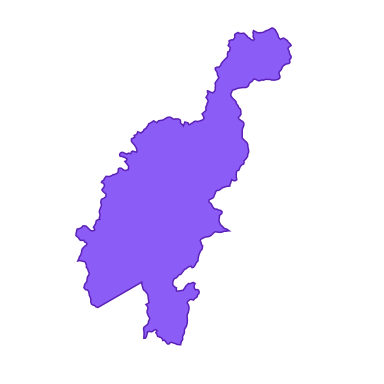 Conselheiro Pena, Minas Gerais, Brazil, rotated 349°
{"feature_id": "56859067B85067754069179", "entity_name": "Conselheiro Pena", "entity_type": "district", "adm_level": 2, "iso_a3": "BRA", "parent_name": "Brazil", "parent_adm1": "Minas Gerais", "projection": "orthographic", "projection_center": [-41.435, -19.174], "detail": "fine", "context": "isolated", "style": "filled", "palette": "violet", "viewbox_px": 384, "rotation_deg": 349, "n_neighbors": 0, "source": "geoboundaries", "source_scale": "gbopen_adm2", "svg_char_len": 5996}
<svg xmlns="http://www.w3.org/2000/svg" viewBox="0 0 384 384"><g transform="rotate(349 192 192)"><path d="M119.0,315.6L118.2,317.3L118.3,319.0L117.9,322.0L116.8,326.4L118.4,326.6L119.7,325.1L121.7,320.9L123.6,320.7L125.4,321.5L126.9,321.3L128.2,320.5L129.9,320.1L131.2,321.2L129.6,323.4L130.4,324.7L130.7,327.1L133.9,329.1L134.9,330.6L134.9,332.2L136.5,332.2L137.4,333.4L138.1,335.1L139.2,336.6L140.5,336.8L141.5,335.8L143.1,335.6L147.3,338.0L148.2,338.8L151.7,339.8L153.1,336.5L154.1,335.8L154.9,334.5L154.9,332.9L155.6,331.4L156.7,330.2L157.6,328.8L158.4,325.4L160.9,322.7L162.2,319.9L163.0,317.1L163.5,313.1L163.9,311.4L165.1,310.0L166.7,306.4L167.1,304.6L167.0,302.2L166.1,300.0L166.8,298.7L169.7,297.1L171.3,297.5L172.9,298.4L174.2,297.1L175.7,296.6L177.1,295.8L177.9,293.9L179.4,293.0L180.0,291.5L179.6,289.5L178.3,288.7L176.8,288.7L175.9,286.8L176.2,284.3L177.6,282.4L176.0,281.0L172.7,281.6L171.0,281.2L168.1,283.1L164.7,286.7L161.0,286.7L158.1,286.4L157.9,284.6L158.5,283.2L157.2,282.1L155.9,280.5L155.4,279.0L156.3,276.0L157.4,274.3L158.9,273.5L160.5,273.2L163.4,270.8L165.3,270.7L169.1,267.3L170.3,266.4L171.6,266.2L172.9,265.4L174.9,264.7L176.8,264.7L177.6,266.3L179.1,266.2L180.7,264.8L182.9,262.0L184.6,261.0L185.4,258.2L186.8,255.0L189.1,251.5L190.8,250.3L191.6,248.6L192.2,246.8L191.2,245.3L191.3,243.3L190.7,241.5L191.8,240.0L196.4,238.7L199.6,239.0L201.1,238.7L202.6,238.2L206.1,235.8L207.3,235.5L211.4,236.9L213.7,237.1L216.2,236.6L218.0,237.1L219.5,236.9L221.1,237.2L219.2,235.2L217.6,234.4L216.3,233.4L215.4,231.6L213.8,229.6L213.2,227.3L213.0,225.9L213.3,224.2L214.1,222.1L214.5,220.3L217.1,218.8L217.8,217.3L216.7,215.6L214.5,214.7L213.1,213.5L211.5,213.2L210.4,212.3L209.6,210.7L208.6,207.3L206.7,204.9L207.2,203.1L208.7,202.5L210.2,202.3L212.0,201.5L215.6,196.0L216.9,195.2L218.2,195.5L219.8,195.1L221.4,194.2L223.1,193.6L226.5,193.1L230.3,193.4L230.8,191.6L231.8,190.4L233.2,187.4L234.9,188.8L236.6,189.2L238.3,188.5L238.4,184.9L239.5,180.5L240.7,179.7L242.2,179.5L243.9,176.7L245.0,175.6L246.4,174.7L248.0,174.4L248.7,173.3L248.8,171.4L251.1,169.9L252.5,168.6L253.6,167.2L253.9,165.5L255.0,164.2L255.5,162.4L255.5,158.0L255.8,156.0L255.3,154.0L252.5,150.1L251.6,148.4L253.3,140.1L255.8,136.1L256.0,134.2L255.2,132.4L253.8,131.3L251.9,129.0L251.7,127.7L253.3,126.7L254.9,125.1L255.4,121.3L255.3,119.8L254.1,118.3L253.8,116.4L252.4,113.6L252.4,111.7L251.6,110.2L249.7,107.7L249.1,106.3L248.6,104.9L248.6,103.6L250.6,100.5L251.7,99.6L253.5,99.6L256.7,98.9L261.2,99.1L264.9,99.7L266.4,99.4L267.7,98.5L268.7,96.6L270.1,95.5L271.8,95.0L274.3,92.9L276.0,93.6L277.6,94.9L278.8,95.6L280.3,95.7L281.7,95.3L283.7,95.9L285.5,95.4L290.0,96.4L291.6,97.3L294.7,98.0L297.9,97.8L299.6,97.2L300.4,95.7L300.0,91.8L300.8,90.6L303.1,88.8L304.4,86.8L305.7,85.5L308.6,84.4L311.5,84.3L312.8,83.7L313.0,80.6L314.7,79.5L315.2,77.7L314.3,75.6L314.1,71.5L313.5,70.1L314.1,68.6L317.3,67.1L316.7,65.4L315.0,63.1L314.6,61.6L311.4,58.4L310.0,58.4L308.0,59.2L306.4,56.6L306.4,54.2L304.7,48.8L303.0,46.8L301.8,46.2L297.3,47.7L295.7,47.7L292.3,48.9L287.1,48.4L283.2,45.3L282.2,47.2L282.4,48.9L281.6,51.1L282.4,54.0L281.0,54.9L278.6,53.2L278.0,52.0L276.5,51.0L275.8,49.4L273.3,46.0L270.6,45.8L268.8,45.3L267.8,44.2L265.0,44.9L263.9,45.7L263.5,48.5L262.3,49.7L261.0,50.5L259.2,50.1L257.2,50.7L257.1,52.8L256.4,53.9L255.4,54.9L256.0,56.1L257.1,57.3L256.7,58.6L255.6,61.0L254.1,61.2L253.2,62.8L253.0,64.7L252.3,66.4L249.7,68.0L246.6,70.3L245.1,71.7L244.3,73.3L242.0,74.6L240.2,74.2L238.5,74.7L238.2,76.1L239.6,79.7L239.3,81.5L240.1,85.0L235.5,89.4L235.3,92.3L234.6,94.3L234.5,95.8L233.3,97.5L231.5,98.6L229.0,97.4L228.0,96.4L226.5,95.6L226.2,97.0L226.7,98.2L225.6,99.9L223.8,101.8L224.6,103.4L225.1,105.0L225.0,106.6L223.8,107.7L223.1,109.6L221.8,111.1L221.3,114.6L216.8,117.2L217.8,120.3L217.9,122.1L216.3,123.2L213.1,123.8L211.0,123.9L208.8,123.1L207.1,123.4L205.9,124.3L204.5,124.5L203.2,125.2L201.8,125.4L201.4,123.6L198.4,121.9L196.0,125.5L195.6,124.3L194.7,123.3L193.8,121.9L194.3,120.6L194.1,118.9L192.5,117.7L189.4,117.0L187.9,117.2L186.6,115.8L185.3,114.7L183.9,114.1L181.9,114.1L177.3,115.8L172.7,115.7L170.9,117.2L169.2,116.0L168.0,114.8L164.1,116.4L162.4,116.8L161.5,118.4L160.1,119.5L158.8,120.9L156.9,121.4L155.9,122.9L153.1,124.3L150.1,122.5L149.3,124.3L147.8,125.2L146.0,125.4L146.2,127.4L142.7,128.2L142.2,130.3L142.7,131.9L144.7,135.3L145.5,137.3L145.8,139.2L145.9,141.0L145.2,142.4L141.5,140.5L140.2,141.0L139.2,142.7L137.1,141.7L135.5,142.3L134.0,141.6L131.5,139.8L130.1,139.7L128.9,140.3L128.1,141.3L128.2,143.1L129.8,143.7L132.9,145.5L134.6,147.2L133.4,148.9L131.9,149.1L134.7,154.5L133.7,157.9L131.0,158.2L129.4,157.7L127.2,155.2L125.6,154.7L124.2,155.2L123.1,158.6L121.7,159.5L119.6,160.0L117.7,159.9L116.3,160.6L114.7,160.9L113.4,161.0L110.7,160.2L108.3,162.3L107.7,163.6L105.8,164.1L104.9,165.4L106.7,166.5L107.4,168.2L106.9,169.9L104.0,172.6L104.7,174.5L107.2,177.7L106.6,180.1L104.6,181.2L101.6,182.0L100.4,184.8L100.7,187.6L97.3,193.2L97.2,194.9L97.5,196.7L96.1,199.7L96.3,201.3L94.7,201.1L92.6,201.9L91.1,205.1L88.5,207.8L89.1,209.1L89.3,210.8L87.3,211.3L85.4,210.6L84.4,209.5L81.8,205.6L80.5,204.8L78.3,204.5L77.3,205.5L76.1,206.1L74.7,206.4L72.1,206.5L70.4,210.3L69.8,212.7L72.1,215.7L72.5,217.3L73.6,218.3L76.6,218.7L77.0,220.5L78.5,221.5L78.9,222.7L78.3,224.0L76.6,224.6L73.7,226.6L72.5,228.3L72.2,229.9L70.6,232.8L69.2,234.0L68.3,235.8L66.7,237.9L68.7,237.9L73.6,240.0L74.1,241.8L74.4,243.8L73.9,245.8L74.8,247.2L75.2,250.2L75.7,252.3L74.7,253.9L73.4,255.2L72.7,256.5L71.7,259.8L69.3,261.9L67.6,265.3L68.9,267.6L70.6,268.2L71.6,270.0L71.5,273.9L72.1,276.1L72.1,278.5L71.7,280.4L71.9,282.8L73.2,284.1L74.6,284.7L75.8,286.4L77.6,287.4L125.5,270.9L125.2,272.7L125.5,277.7L125.9,279.1L126.9,280.0L128.4,282.8L129.1,284.7L128.6,290.6L128.9,292.2L127.1,293.2L125.3,293.6L126.2,295.2L126.7,296.9L126.3,298.6L125.3,299.8L124.9,301.9L125.4,304.9L126.4,307.9L125.8,309.2L124.7,310.4L124.1,312.4L122.6,313.8L119.0,315.6Z" fill="#8b5cf6" stroke="#5b21b6" stroke-width="1.5"/></g></svg>